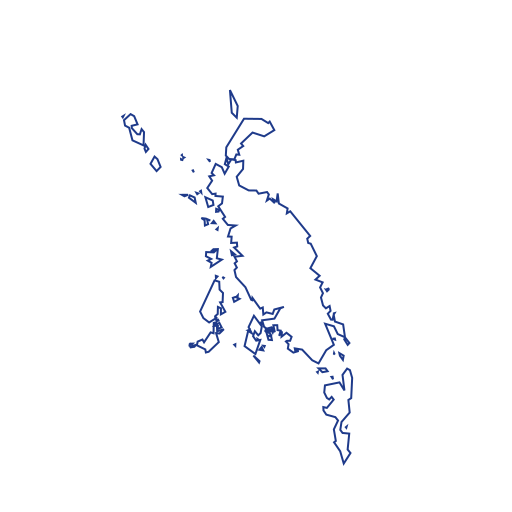 Maluku Tenggara Barat, Maluku, Indonesia, rotated 304°
{"feature_id": "22746128B78864950196660", "entity_name": "Maluku Tenggara Barat", "entity_type": "district", "adm_level": 2, "iso_a3": "IDN", "parent_name": "Indonesia", "parent_adm1": "Maluku", "projection": "robinson", "projection_center": [131.235, -7.5], "detail": "fine", "context": "isolated", "style": "outline", "palette": "blue", "viewbox_px": 512, "rotation_deg": 304, "n_neighbors": 0, "source": "geoboundaries", "source_scale": "gbopen_adm2", "svg_char_len": 6209}
<svg xmlns="http://www.w3.org/2000/svg" viewBox="0 0 512 512"><g transform="rotate(304 256 256)"><path d="M309.8,171.1L300.0,172.8L299.4,176.0L295.9,172.7L293.9,177.5L285.1,177.6L282.8,185.1L285.1,187.6L283.1,188.8L286.7,195.3L280.6,198.4L276.1,196.9L271.1,208.5L268.3,207.7L266.0,215.3L269.9,222.1L264.6,219.5L256.5,221.9L258.4,225.0L252.9,228.1L256.4,232.7L253.4,235.1L250.8,233.1L248.6,244.7L243.4,238.6L240.9,243.2L238.0,242.4L235.7,246.6L232.3,246.0L227.4,251.2L224.2,264.7L217.0,276.5L217.5,278.7L217.9,277.3L219.3,276.5L214.7,288.9L217.1,290.4L211.6,294.8L215.1,296.2L217.3,302.2L221.9,301.1L229.4,307.6L226.2,305.4L214.4,306.3L206.1,297.0L201.8,302.3L201.8,310.9L202.7,306.3L205.6,308.8L203.4,314.2L208.3,309.1L210.5,312.3L206.6,315.3L207.9,318.2L202.8,319.8L208.0,319.7L203.4,322.3L209.4,324.2L208.9,330.7L204.8,331.7L203.0,329.1L201.9,328.6L201.1,332.3L197.0,334.2L196.8,341.0L201.1,344.5L199.7,341.2L201.1,339.8L204.2,346.6L201.0,360.9L201.9,367.9L217.2,366.9L225.9,370.2L238.5,351.2L241.3,359.9L237.0,367.4L238.4,375.2L248.0,366.5L245.8,358.1L250.8,353.2L246.0,355.1L245.2,353.7L248.3,347.8L252.2,348.5L255.7,345.0L251.7,343.2L252.5,339.2L257.9,333.1L262.6,332.3L265.8,326.7L271.4,326.0L269.7,318.5L275.2,319.8L276.3,307.9L289.9,306.5L296.8,294.5L296.0,292.0L299.0,288.8L302.9,289.7L312.2,259.4L308.6,257.7L313.1,255.6L312.3,245.6L320.0,239.0L312.8,242.5L312.6,238.6L310.3,242.0L311.3,235.3L308.0,234.0L314.2,232.2L315.2,229.4L309.1,223.3L310.5,219.7L306.3,213.3L305.1,202.6L310.9,195.7L320.9,196.6L327.9,192.2L322.3,187.0L324.1,185.5L322.3,181.5L316.6,181.7L320.7,176.7L314.7,178.8L314.9,183.4L306.7,184.0L310.5,178.0L309.8,171.1ZM187.3,385.5L181.0,388.9L178.0,394.1L178.0,396.9L181.5,397.5L180.4,400.7L169.7,399.7L168.4,396.3L165.7,398.3L163.8,403.0L166.8,411.9L165.5,416.0L155.8,417.5L147.3,425.6L145.2,424.9L141.2,435.0L133.0,444.8L145.5,444.5L146.8,440.2L160.9,432.6L157.7,426.7L159.0,423.1L166.2,419.7L178.6,421.2L188.3,413.1L191.4,414.4L208.7,403.9L213.9,397.7L213.6,394.5L205.8,394.2L194.0,404.5L197.9,395.9L187.3,385.5ZM363.1,169.3L329.5,170.6L322.4,174.8L321.4,179.5L324.0,184.0L329.2,182.9L330.6,185.5L333.9,181.5L340.0,183.9L340.9,180.7L356.4,184.1L359.8,195.9L370.6,200.8L375.1,192.2L373.0,191.8L372.7,183.9L363.1,169.3ZM212.6,235.3L178.7,240.7L175.1,247.1L174.7,254.3L181.6,257.4L182.8,256.0L183.4,255.8L186.5,256.7L192.5,252.9L193.0,256.2L188.0,259.5L192.6,261.8L197.5,252.2L199.1,254.1L206.9,249.3L207.8,244.6L214.1,239.9L212.6,235.3ZM205.3,287.7L192.9,289.6L189.6,295.7L189.5,291.4L174.9,296.9L174.4,310.3L188.8,306.5L185.9,303.5L187.9,298.4L193.0,297.1L191.5,302.2L194.7,302.9L200.9,300.2L205.3,287.7ZM152.4,255.5L148.9,256.9L150.2,266.2L148.0,268.4L150.1,270.3L163.8,273.3L169.7,266.1L171.3,269.0L177.3,270.3L171.9,265.9L176.3,262.6L174.4,260.1L178.6,259.9L176.9,258.4L168.2,264.0L167.3,261.1L155.4,261.2L156.8,258.3L152.4,255.5ZM294.8,70.6L290.9,74.5L291.4,79.1L282.8,88.9L284.8,100.9L296.1,93.9L297.2,90.2L291.9,91.7L290.6,89.5L292.6,81.5L294.4,80.1L298.9,84.2L303.8,76.8L303.5,72.7L294.8,70.6ZM231.4,212.5L227.8,214.6L228.5,220.5L225.2,218.6L225.5,223.0L221.7,224.6L233.9,229.7L232.2,224.8L240.4,220.5L237.8,216.9L236.1,216.5L237.5,219.5L235.4,219.0L231.4,212.5ZM370.1,157.0L379.0,141.6L361.2,155.8L359.9,162.7L370.1,157.0ZM281.7,116.3L273.4,117.0L270.8,126.1L276.5,127.1L281.2,120.1L281.7,116.3ZM277.8,189.1L276.4,181.2L269.9,189.0L274.5,192.2L277.8,189.1ZM269.3,167.3L266.8,167.8L266.4,176.3L270.2,172.4L269.3,167.3ZM197.8,370.7L196.8,376.0L200.5,379.8L201.7,376.5L197.8,370.7ZM208.4,260.2L205.8,263.5L211.3,266.3L210.5,261.8L208.4,260.2ZM259.0,193.6L256.9,189.5L256.9,193.4L252.7,196.6L255.6,198.5L259.0,194.9L259.9,198.3L259.0,193.6ZM198.8,307.0L193.5,313.2L195.2,316.2L198.0,313.4L196.3,310.9L198.9,312.6L200.0,310.1L198.8,307.0ZM177.5,261.1L177.0,263.4L174.1,265.0L177.6,267.4L180.0,263.1L177.5,261.1ZM222.1,379.4L220.2,381.4L218.5,386.1L222.4,384.4L222.1,379.4ZM286.5,102.3L282.7,103.5L280.7,106.5L284.6,107.0L286.5,102.3ZM268.8,165.5L265.3,160.4L265.5,163.3L268.8,165.5ZM246.0,232.7L243.2,235.6L245.5,237.6L246.0,232.7ZM236.1,382.1L238.3,375.3L236.2,375.8L233.6,381.7L236.1,382.1ZM183.7,311.6L180.2,311.3L181.8,314.8L183.7,311.6ZM272.9,196.6L270.3,198.2L271.9,200.1L273.6,199.8L272.9,196.6ZM170.8,317.7L172.0,309.5L169.4,318.1L170.8,317.7ZM148.7,255.9L144.2,252.0L143.7,252.9L146.3,255.7L148.7,255.9ZM215.2,235.2L217.5,235.5L217.1,233.8L215.2,235.2ZM267.2,332.9L266.5,334.6L267.9,334.9L267.2,332.9ZM261.4,201.3L258.6,201.1L260.4,204.1L261.4,201.3ZM213.2,262.9L210.9,262.5L211.9,263.6L213.2,262.9ZM180.8,258.1L180.4,260.1L181.5,261.1L182.1,260.0L180.8,258.1ZM196.9,388.8L198.7,387.0L198.0,386.2L196.9,388.8ZM191.3,291.9L190.0,291.0L190.3,292.3L191.3,291.9ZM257.7,208.7L256.0,208.3L256.1,209.5L257.7,208.7ZM294.7,142.1L294.4,139.7L293.9,140.1L294.7,142.1ZM231.7,367.5L230.3,365.8L230.9,368.3L231.7,367.5ZM220.0,241.6L219.9,239.9L219.3,241.5L220.0,241.6ZM275.6,173.1L275.1,171.3L274.4,172.7L275.6,173.1ZM270.1,334.7L268.9,333.8L268.7,334.5L270.1,334.7ZM296.5,68.0L298.1,67.8L296.8,67.2L296.5,68.0ZM170.0,289.0L171.3,288.2L170.3,287.6L170.0,289.0ZM198.9,306.0L200.4,306.4L199.0,305.7L198.9,306.0ZM279.3,173.9L278.4,173.5L278.0,175.1L279.3,173.9ZM309.6,163.8L309.2,162.8L308.4,165.2L309.6,163.8ZM186.3,313.5L185.8,312.5L185.4,313.7L186.3,313.5ZM203.2,298.3L204.3,297.7L203.5,297.2L203.2,298.3ZM182.7,257.6L182.9,256.2L182.2,257.5L182.7,257.6ZM165.3,426.5L164.3,426.2L164.1,426.9L165.3,426.5ZM296.5,141.0L297.5,141.4L297.3,140.3L296.5,141.0ZM203.0,312.4L202.3,311.7L201.8,312.7L203.0,312.4ZM200.3,306.1L201.4,305.7L200.7,305.2L200.3,306.1ZM188.1,303.5L187.4,304.1L188.1,304.6L188.1,303.5ZM297.7,138.8L298.4,138.1L298.0,138.0L297.7,138.8ZM203.6,310.7L203.8,308.7L203.3,310.6L203.6,310.7ZM290.6,157.7L291.8,155.9L291.5,155.7L290.6,157.7ZM200.5,307.9L201.0,307.6L201.3,306.4L200.5,307.9ZM146.5,250.4L145.9,250.3L145.7,250.4L146.7,250.7L147.1,252.1L147.8,252.3L146.5,250.4ZM200.8,308.9L201.7,307.7L201.2,307.4L200.8,308.9ZM219.2,375.0L218.5,375.3L218.4,376.3L219.2,375.0ZM194.7,372.0L194.0,371.6L193.8,372.4L194.7,372.0ZM252.6,353.1L252.0,352.6L251.0,353.2L252.6,353.1ZM146.5,250.8L145.2,250.9L146.5,250.9L146.5,250.8Z" fill="none" stroke="#1e3a8a" stroke-width="2"/></g></svg>